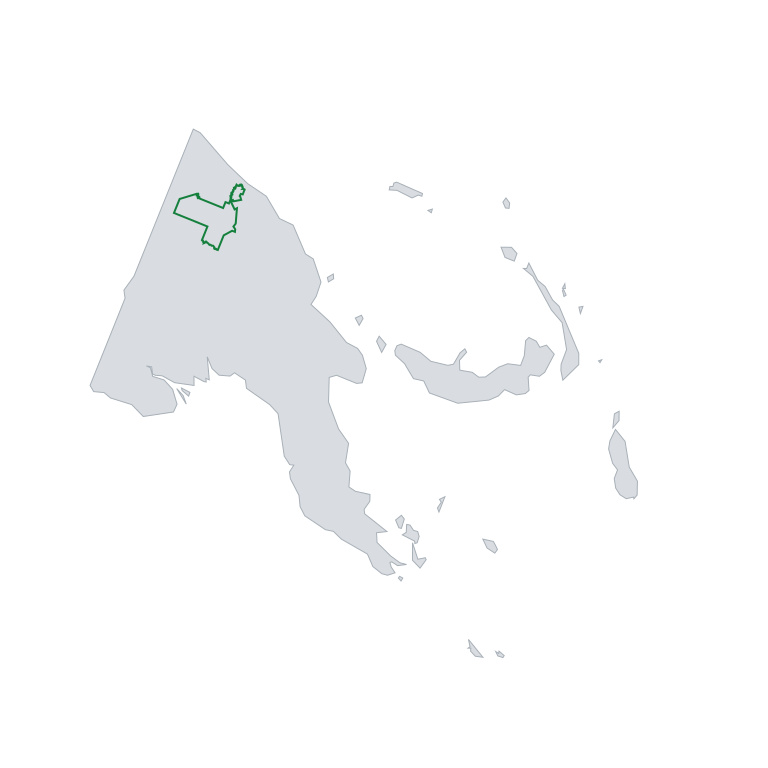 Ambunti/Drekikier District, East Sepik, Papua New Guinea shown in context, rotated 22°
{"feature_id": "67681753B88786401502909", "entity_name": "Ambunti/Drekikier District", "entity_type": "district", "adm_level": 2, "iso_a3": "PNG", "parent_name": "Papua New Guinea", "parent_adm1": "East Sepik", "projection": "natural_earth1", "projection_center": [142.509, -4.218], "detail": "fine", "context": "in_parent", "style": "outline", "palette": "green", "viewbox_px": 768, "rotation_deg": 22, "n_neighbors": 0, "source": "geoboundaries", "source_scale": "gbopen_adm2", "svg_char_len": 7825}
<svg xmlns="http://www.w3.org/2000/svg" viewBox="0 0 768 768"><g transform="rotate(22 384 384)"><path d="M112.0,495.5L111.8,401.5L107.7,394.4L111.8,377.7L111.7,219.1L119.5,219.9L157.1,239.2L182.5,249.3L204.6,254.0L225.1,269.8L240.2,270.7L262.5,292.9L271.5,294.5L287.4,313.1L288.3,328.1L286.5,337.6L310.6,346.7L333.7,359.6L346.2,360.9L353.2,365.4L361.8,376.4L363.3,391.1L358.4,393.7L336.7,393.7L330.7,398.4L339.3,421.5L358.7,442.7L373.4,452.3L377.8,471.5L385.2,477.4L390.0,492.6L397.6,494.2L412.4,491.7L414.8,498.1L412.5,507.7L414.7,511.6L442.0,519.7L432.8,524.7L436.9,533.5L454.7,541.0L465.8,543.8L472.5,542.9L464.7,547.3L457.7,546.0L456.4,547.3L459.2,551.0L465.0,554.9L458.9,560.0L453.0,560.7L442.0,557.4L432.4,547.9L402.6,543.8L392.3,539.6L384.2,541.0L360.0,535.9L352.2,529.2L346.9,519.1L332.7,506.9L329.3,500.9L330.8,493.0L326.8,494.1L318.6,488.3L296.9,451.2L285.7,445.9L258.1,439.5L254.1,432.3L241.2,429.6L238.3,434.3L227.8,437.6L218.8,434.1L209.9,425.0L220.4,445.6L216.7,445.5L218.4,448.7L216.4,449.2L204.9,448.0L208.4,456.5L189.4,461.2L175.3,459.5L168.5,461.6L165.7,461.4L162.1,455.1L156.9,456.3L161.3,456.4L166.7,463.6L178.5,462.6L190.0,468.1L199.7,480.3L199.3,488.8L173.0,504.3L157.8,497.6L135.6,499.4L127.7,496.8L117.7,499.8L112.0,495.5ZM509.2,287.3L514.7,291.6L520.1,287.1L530.7,292.6L528.6,313.0L525.2,318.6L516.2,320.7L515.1,323.7L520.9,335.7L518.5,340.0L510.7,344.5L497.9,344.0L494.5,352.3L487.3,359.6L459.6,374.2L429.5,375.3L419.7,366.3L409.3,368.0L395.4,357.4L383.8,353.0L381.5,349.0L381.7,343.7L385.0,340.6L405.7,341.1L418.9,345.4L436.2,342.8L441.0,339.6L442.9,326.5L445.8,321.1L448.7,323.6L445.1,333.7L449.1,342.8L461.4,340.1L469.3,342.2L475.4,339.5L484.1,325.4L491.1,318.9L503.7,315.6L503.5,305.2L499.1,290.8L500.9,286.6L509.2,287.3ZM660.3,392.2L658.7,396.8L657.9,395.3L651.5,399.6L644.3,398.3L637.8,393.7L632.9,385.4L632.7,376.1L625.7,371.9L616.6,360.1L614.8,352.3L615.6,339.4L629.0,346.9L642.5,369.2L655.4,379.2L660.3,392.2ZM557.3,293.1L548.4,313.5L542.9,305.1L540.8,299.3L540.4,283.7L526.2,260.4L511.5,252.7L481.8,228.4L470.0,224.6L473.0,223.5L473.0,217.6L487.6,230.2L496.8,233.2L508.9,243.0L517.2,246.3L553.1,282.6L557.3,293.1ZM320.1,192.1L348.3,193.0L348.8,195.7L345.0,196.0L340.3,201.0L323.4,199.6L316.1,202.1L315.5,198.6L318.3,197.6L317.9,194.0L320.1,192.1ZM461.0,505.1L466.1,508.6L470.5,508.2L473.7,512.2L474.2,518.8L472.4,520.3L471.2,518.2L457.5,517.0L460.2,513.2L457.6,505.7L461.0,505.1ZM458.7,221.3L448.8,221.3L441.3,213.3L451.0,209.5L458.4,213.2L458.7,221.3ZM481.0,533.8L487.4,529.6L488.9,531.1L486.4,541.2L476.5,536.8L469.9,520.5L481.0,533.8ZM533.7,490.8L544.4,489.0L549.6,493.4L551.2,495.0L550.1,499.3L541.1,497.5L533.7,490.8ZM558.0,589.2L578.1,600.3L570.6,602.2L564.3,599.2L563.5,596.4L560.9,597.4L562.2,595.4L558.0,589.2ZM370.0,355.6L361.1,347.2L361.6,341.5L371.1,346.5L370.0,355.6ZM454.2,511.4L451.6,511.7L445.7,505.8L449.3,499.2L453.4,501.6L454.2,511.4ZM612.6,338.9L608.8,325.3L612.2,321.2L615.6,329.8L612.6,338.9ZM339.0,338.9L332.7,333.6L337.3,328.7L340.1,331.2L339.0,338.9ZM434.1,174.3L430.7,175.3L426.1,170.8L427.4,165.8L432.7,169.1L434.1,174.3ZM297.9,305.3L294.2,310.2L291.6,306.4L295.8,301.0L297.9,305.3ZM482.7,465.7L482.9,482.1L480.0,478.9L481.4,472.1L478.6,470.2L482.7,465.7ZM202.1,470.0L208.2,476.7L193.5,465.9L202.1,470.0ZM207.4,468.4L199.3,465.7L197.7,463.6L207.2,464.5L207.4,468.4ZM597.2,590.8L596.7,593.1L591.4,593.5L587.8,590.2L591.3,590.9L590.7,588.6L597.2,590.8ZM539.4,237.5L539.7,245.1L535.9,239.7L539.4,237.5ZM519.6,233.4L518.1,235.5L514.3,230.2L515.1,229.1L519.6,233.4ZM474.1,556.9L473.6,560.3L470.0,558.5L470.5,556.5L474.1,556.9ZM516.4,227.6L513.6,228.5L514.1,223.3L516.4,227.6ZM363.3,203.7L363.7,207.5L359.7,206.6L363.3,203.7ZM576.8,279.9L576.3,283.3L574.2,282.2L576.8,279.9Z" fill="#d9dde1" stroke="#a8b0b8" stroke-width="1"/><path d="M172.6,271.2L172.6,274.7L168.9,274.7L168.9,281.1L142.3,281.1L142.3,280.9L142.2,280.8L142.0,280.7L141.9,280.6L141.9,280.4L142.0,280.4L142.3,280.4L142.6,280.3L142.7,280.2L142.8,280.0L142.7,279.9L142.6,279.7L142.3,279.8L142.1,280.1L141.9,280.1L141.6,279.5L141.5,279.3L141.3,279.2L141.1,279.2L140.8,279.1L140.7,279.3L140.7,279.6L140.7,279.8L140.5,279.5L140.5,279.3L140.4,279.3L140.2,279.3L139.7,279.3L139.6,279.2L139.6,278.9L139.8,278.7L140.1,278.6L140.3,278.4L140.8,277.9L140.8,277.6L140.7,277.4L140.4,277.2L140.3,277.3L140.2,277.4L140.0,277.9L139.7,278.1L139.5,278.4L139.4,278.1L139.1,277.8L125.2,289.0L125.2,304.1L161.3,304.1L161.3,318.7L161.6,318.7L161.6,318.8L161.8,319.1L162.0,319.1L162.4,319.0L162.6,319.1L162.6,319.3L162.8,319.4L163.1,319.5L163.3,319.7L163.3,319.9L163.4,320.0L163.4,320.4L163.6,320.5L163.8,320.6L164.2,320.7L164.3,320.7L164.3,320.8L164.6,320.5L164.4,320.3L164.5,320.2L165.0,320.1L165.4,319.5L165.4,319.4L165.2,319.3L165.2,319.1L165.3,318.9L165.6,318.8L165.7,318.5L165.8,318.5L166.3,318.7L166.4,319.0L166.8,319.2L167.0,319.2L167.3,319.3L167.5,319.3L167.9,319.3L168.1,319.4L168.5,319.6L169.4,320.0L169.8,320.3L170.0,320.4L170.5,320.0L170.9,319.9L171.2,319.9L171.6,320.0L172.1,320.3L172.3,320.4L172.7,320.2L173.4,319.9L173.7,319.8L174.0,319.9L174.3,320.1L174.6,320.2L174.9,320.5L175.0,320.6L175.3,320.7L175.5,320.8L175.6,321.2L175.5,321.4L175.5,321.5L175.8,322.0L176.1,322.2L176.3,322.2L176.9,322.2L177.2,322.1L177.4,321.6L177.5,321.6L177.8,321.6L178.0,321.7L178.3,321.8L178.6,322.1L178.8,322.0L179.0,321.9L179.2,322.0L179.4,322.0L179.7,322.0L179.7,306.2L185.8,298.8L188.8,298.8L188.1,296.3L185.4,294.4L186.4,290.9L186.1,289.8L181.8,276.1L180.1,278.1L172.6,271.2ZM172.6,254.4L172.6,257.0L172.8,257.1L172.8,257.3L172.9,257.5L172.9,257.9L172.9,258.0L172.9,258.3L172.9,258.5L172.6,258.5L172.2,258.7L172.0,258.8L171.9,258.8L171.8,258.7L171.8,258.8L171.6,258.8L171.7,259.0L171.8,259.1L171.9,259.5L171.8,259.8L171.7,259.9L171.7,260.0L171.8,260.3L171.9,260.6L171.7,260.7L171.8,260.8L171.6,261.1L171.6,261.4L171.6,261.7L171.8,261.6L171.9,261.3L172.0,261.3L172.1,261.5L172.1,261.9L172.0,262.0L171.9,262.0L171.9,262.3L172.0,262.5L171.9,262.7L171.8,262.9L171.7,262.9L171.6,263.1L171.9,263.2L171.9,263.3L171.8,263.5L171.6,263.5L171.7,263.8L171.5,263.7L171.2,263.8L171.2,264.0L171.3,264.1L171.2,264.3L171.3,264.4L171.2,264.4L171.3,264.6L171.5,264.8L171.8,264.9L171.7,265.0L172.0,265.1L172.1,265.4L171.9,265.5L172.0,265.6L171.9,265.7L171.9,265.8L171.8,266.0L171.7,265.9L171.5,266.0L171.6,266.5L171.7,266.4L171.7,266.5L171.8,266.9L171.8,267.0L171.7,266.8L171.6,267.0L171.8,267.1L172.0,267.0L172.1,267.3L172.1,267.5L172.1,267.8L171.9,267.8L172.0,267.9L172.0,268.0L171.9,267.9L171.7,268.1L171.8,268.2L172.1,268.2L172.1,268.4L172.4,268.2L172.5,268.0L172.6,268.3L172.5,268.5L172.4,268.5L172.4,268.8L172.4,269.0L172.5,269.1L172.7,269.3L172.5,269.5L172.6,269.8L173.0,269.9L172.9,270.0L173.0,270.2L173.1,270.5L173.4,270.4L173.5,270.5L173.7,270.4L173.8,270.5L173.9,270.4L174.0,270.4L174.0,270.5L174.2,270.9L174.3,270.8L174.2,271.0L174.3,271.0L174.4,270.8L174.5,270.7L174.5,270.8L174.7,271.0L174.8,271.2L175.0,270.9L174.9,270.8L175.0,270.8L175.2,271.0L175.4,270.9L175.5,270.8L175.7,271.1L175.8,271.1L182.6,266.8L180.3,263.8L179.8,263.7L180.0,261.4L182.0,261.1L181.9,256.4L181.9,256.5L181.8,256.3L182.0,256.1L181.9,255.9L181.7,255.8L181.4,255.8L181.1,255.8L180.9,255.8L180.6,255.9L180.4,255.8L180.2,255.9L180.3,255.7L180.2,255.5L180.0,255.4L179.9,255.4L179.8,255.5L179.7,255.5L179.4,255.3L179.4,255.1L179.1,254.8L178.9,254.5L179.0,254.3L178.8,254.2L178.7,253.9L178.4,253.9L178.3,253.6L178.2,253.5L178.2,253.3L178.1,253.1L177.9,252.9L177.7,252.8L177.6,252.7L177.3,252.5L177.2,252.5L177.2,252.9L177.1,253.0L176.9,253.0L176.6,253.0L176.7,253.4L176.6,253.5L176.4,253.5L176.1,253.6L175.7,253.8L175.6,253.7L175.5,253.9L175.5,254.0L175.5,254.3L175.7,254.5L175.1,254.8L174.9,254.7L174.6,254.6L174.4,254.8L174.2,254.7L173.9,254.8L173.7,255.0L173.3,254.8L173.1,254.7L172.9,254.5L172.6,254.4Z" fill="none" stroke="#15803d" stroke-width="2"/></g></svg>